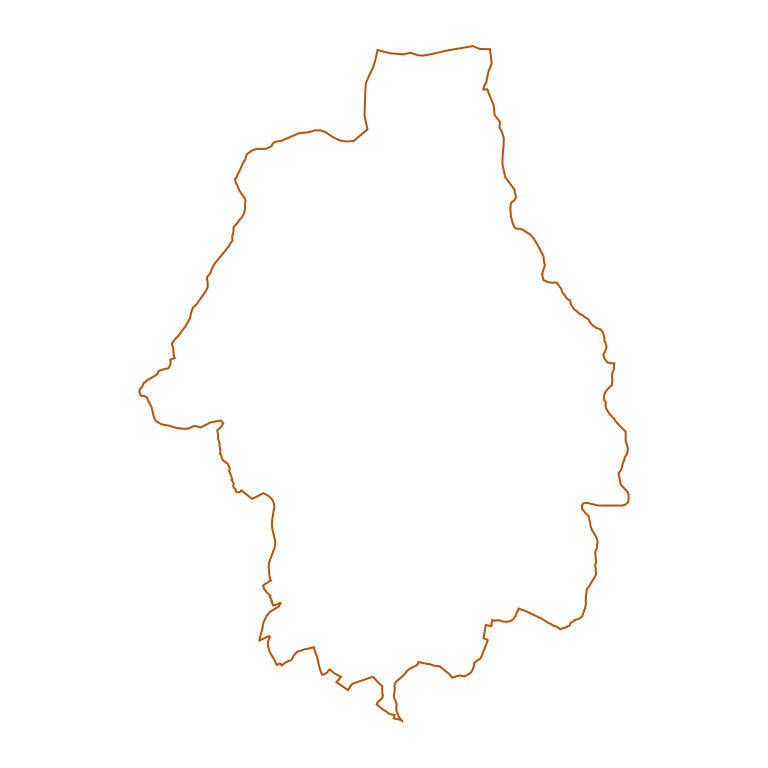 outline of Sarmas, Harghita, Romania
{"feature_id": "2599482B24569606414351", "entity_name": "Sarmas", "entity_type": "district", "adm_level": 2, "iso_a3": "ROU", "parent_name": "Romania", "parent_adm1": "Harghita", "projection": "equal_earth", "projection_center": [25.467, 46.907], "detail": "fine", "context": "isolated", "style": "outline", "palette": "amber", "viewbox_px": 768, "rotation_deg": 0, "n_neighbors": 0, "source": "geoboundaries", "source_scale": "gbopen_adm2", "svg_char_len": 6102}
<svg xmlns="http://www.w3.org/2000/svg" viewBox="0 0 768 768"><path d="M402.9,721.9L398.7,716.7L396.7,711.5L396.3,709.5L396.6,704.5L396.3,703.1L395.7,701.2L394.4,698.6L393.8,695.7L394.8,690.0L394.5,685.3L394.9,683.7L396.3,681.5L403.9,675.0L407.1,670.8L409.4,669.0L416.4,665.4L417.5,664.4L418.4,662.8L418.6,662.0L427.6,664.0L429.8,664.1L434.0,665.7L439.7,666.3L449.4,674.2L452.2,677.6L458.3,675.8L460.3,675.5L462.7,676.1L465.1,676.1L467.7,674.7L470.8,672.7L472.9,669.1L474.3,664.6L474.2,663.5L474.5,662.5L480.4,658.5L481.6,656.1L487.8,640.2L487.4,639.8L483.5,638.2L485.8,624.9L491.2,626.2L491.7,625.0L491.4,623.3L492.2,621.4L492.3,620.0L494.2,620.7L499.1,620.2L501.1,621.1L505.4,621.8L507.4,621.7L510.1,621.2L512.0,620.2L513.4,619.1L515.6,615.6L516.9,612.3L518.8,608.5L520.7,609.4L525.0,610.7L538.5,617.2L542.0,618.9L547.0,622.1L553.2,625.3L553.8,626.1L555.4,626.1L559.1,628.3L559.7,629.0L561.0,629.1L562.2,628.3L564.4,628.0L570.0,625.2L570.3,623.2L570.5,623.0L572.9,621.6L574.7,620.1L578.6,618.9L581.3,617.1L582.2,616.2L585.2,607.7L585.9,603.8L585.7,600.9L585.9,596.6L587.0,588.5L588.1,587.6L589.6,585.5L595.0,576.6L596.0,574.2L595.7,571.7L595.8,568.4L595.1,564.9L595.9,563.1L596.2,561.1L595.8,559.3L595.2,552.4L596.9,547.9L597.0,545.0L597.7,542.0L596.2,536.9L592.0,530.0L590.6,526.4L590.1,522.7L588.5,516.0L585.3,513.1L583.3,510.0L582.2,509.4L581.8,505.5L583.6,503.1L586.6,502.8L598.3,505.5L622.3,505.5L624.6,504.9L626.1,504.0L627.4,503.0L628.5,501.0L628.6,495.1L627.9,492.5L626.1,490.3L620.7,484.6L618.6,473.7L619.5,472.0L621.1,469.9L622.6,464.1L624.0,460.5L624.7,457.3L626.8,454.2L627.4,452.3L627.9,448.6L625.6,440.5L625.7,435.7L625.5,431.4L620.9,427.1L617.4,423.3L615.1,420.5L614.4,418.9L612.2,417.0L611.6,416.0L610.2,414.8L608.9,413.1L606.0,408.1L605.4,404.6L606.0,403.0L603.9,399.7L603.8,398.3L604.4,394.2L606.4,390.6L609.6,387.0L611.8,385.3L612.3,380.6L612.0,373.8L613.5,370.6L614.0,368.3L614.0,365.6L614.3,363.4L610.7,363.1L607.4,362.4L604.1,357.9L603.3,354.9L605.7,349.8L606.6,346.8L605.6,343.2L604.5,341.2L604.2,336.5L602.9,332.8L601.8,330.7L600.6,329.4L596.3,327.9L593.2,325.8L590.5,323.1L588.5,319.4L584.9,317.2L581.9,314.7L580.0,314.2L576.2,310.8L574.3,309.6L570.8,304.3L570.7,302.4L570.1,301.1L570.0,300.2L568.5,299.7L567.0,298.6L563.6,293.9L562.5,293.0L562.5,292.6L561.1,288.6L558.1,284.7L556.8,282.6L554.7,282.5L552.5,282.8L548.9,282.3L543.5,280.2L542.6,276.6L542.4,274.8L542.0,274.3L544.9,265.2L543.9,261.3L543.5,256.3L538.9,247.4L536.5,243.0L533.0,237.5L530.4,234.7L522.2,229.4L520.7,229.0L516.2,228.6L514.3,226.8L512.3,222.3L511.9,219.9L511.0,217.1L510.5,210.5L510.2,209.3L510.5,207.8L510.6,204.0L511.0,203.1L511.8,202.1L513.3,201.1L514.7,199.7L515.5,198.3L515.9,196.5L515.6,194.7L514.6,192.1L514.8,190.1L505.2,177.1L502.4,164.0L502.7,154.5L503.6,145.5L503.8,138.0L502.1,132.7L499.4,127.1L500.1,122.2L494.6,115.1L493.7,105.5L488.9,93.8L487.3,89.4L483.4,89.5L484.1,86.0L485.2,83.9L486.4,82.6L486.6,80.4L488.6,71.2L491.7,63.4L490.0,49.2L479.9,49.0L472.8,46.1L448.3,50.3L430.5,54.3L423.4,55.6L418.1,55.3L410.7,52.8L403.0,54.3L390.5,53.3L377.5,50.0L375.3,60.3L373.0,67.6L368.8,76.3L365.8,83.4L365.4,90.2L364.5,115.4L367.4,129.4L353.8,140.9L346.8,141.5L339.8,140.5L332.7,137.0L325.5,132.2L320.8,130.4L315.2,130.3L308.1,132.3L299.2,133.1L281.1,140.9L275.8,141.6L272.9,143.2L271.4,146.4L265.4,148.9L256.9,148.9L251.6,150.7L247.4,153.8L246.6,154.8L245.8,156.9L245.8,157.9L245.3,159.6L243.7,161.5L239.8,170.2L236.1,177.9L235.0,178.8L235.8,183.2L236.9,184.6L239.7,191.1L245.2,199.1L245.6,201.0L244.8,204.9L245.1,208.1L244.4,211.9L243.4,214.9L241.6,217.7L239.5,219.8L237.1,223.4L234.3,226.2L233.4,228.1L233.6,229.6L233.3,232.5L232.2,236.4L232.4,240.7L230.5,243.1L229.3,245.4L226.5,249.2L214.3,264.1L212.4,267.6L210.0,273.6L207.2,277.0L207.0,279.5L207.7,282.0L207.7,287.4L205.8,291.1L197.1,303.5L195.4,305.5L193.1,307.3L192.2,309.3L190.7,314.5L190.4,316.7L189.6,319.0L185.2,326.7L177.0,337.5L176.4,337.6L175.7,338.3L172.1,343.1L171.8,344.0L173.1,347.6L173.6,354.4L174.7,358.1L170.2,359.7L170.6,361.4L170.5,364.3L168.4,368.3L164.7,369.0L159.2,370.7L158.0,372.3L157.1,374.4L147.3,380.2L145.1,382.2L143.5,382.9L143.4,384.1L141.8,387.0L139.7,389.7L139.4,392.0L140.4,394.8L141.5,396.0L143.6,395.8L145.8,396.6L147.1,397.8L148.0,400.2L151.7,407.6L153.3,414.9L154.9,419.7L156.5,421.4L161.2,424.1L164.2,424.9L169.1,425.7L176.0,427.8L184.2,428.9L187.5,428.7L189.9,427.9L193.5,426.1L196.0,426.1L200.6,427.5L210.8,422.3L221.0,420.5L223.3,423.4L220.8,427.2L217.3,430.1L218.1,435.8L218.0,438.5L219.7,443.5L219.4,445.1L220.3,450.7L220.3,452.7L219.8,453.6L220.8,454.5L222.1,458.9L222.8,460.1L227.7,463.8L229.4,467.5L229.8,469.2L229.2,470.1L229.2,470.9L232.1,478.6L232.1,479.4L231.5,479.8L233.7,483.2L233.2,486.6L235.8,489.8L235.8,491.3L236.8,492.2L238.9,492.4L240.2,491.7L240.8,490.6L241.6,490.5L252.1,498.9L263.5,493.2L266.6,494.8L269.6,496.8L271.7,499.0L273.1,501.2L274.0,503.8L274.3,506.8L272.2,519.7L271.9,522.2L272.0,526.2L272.3,529.0L275.1,540.4L275.3,542.1L275.2,544.6L274.9,546.7L274.0,549.2L269.3,561.8L268.9,564.4L268.7,566.5L269.4,575.7L269.9,578.1L270.9,580.6L269.8,580.8L266.9,583.1L264.7,584.2L263.2,585.6L264.0,588.6L266.8,592.5L270.3,595.7L269.6,596.3L271.9,600.9L271.5,601.0L272.7,604.9L273.6,604.7L274.0,605.5L280.2,602.8L280.7,603.3L279.3,605.2L279.2,606.2L270.0,611.8L266.5,616.0L263.3,622.9L262.1,629.9L259.6,638.5L259.5,640.5L268.7,636.1L269.2,636.2L270.0,637.1L268.9,638.9L268.1,641.5L267.8,644.9L268.1,646.7L269.7,652.0L274.7,660.4L276.7,664.9L279.4,663.6L280.8,664.0L281.3,665.2L281.8,665.5L283.5,663.9L285.8,662.3L288.8,660.9L290.6,660.5L292.2,658.9L293.3,656.2L296.8,652.0L303.9,649.5L313.9,647.3L313.9,648.0L315.3,651.7L315.5,652.9L316.7,655.8L320.1,669.9L322.0,674.4L323.1,674.8L325.1,673.8L327.0,672.5L329.0,669.9L329.7,669.4L334.5,673.4L341.0,676.8L336.4,682.2L348.0,690.1L351.0,685.3L352.8,683.6L370.8,677.4L373.1,676.9L378.1,682.3L382.4,686.4L382.2,688.2L382.3,693.9L382.8,694.6L382.9,695.7L382.0,698.4L377.4,702.5L376.7,704.6L382.8,709.4L386.5,711.7L388.2,713.3L392.7,714.8L394.6,714.8L393.8,718.4L400.8,719.9L402.9,721.9Z" fill="none" stroke="#b45309" stroke-width="2"/></svg>